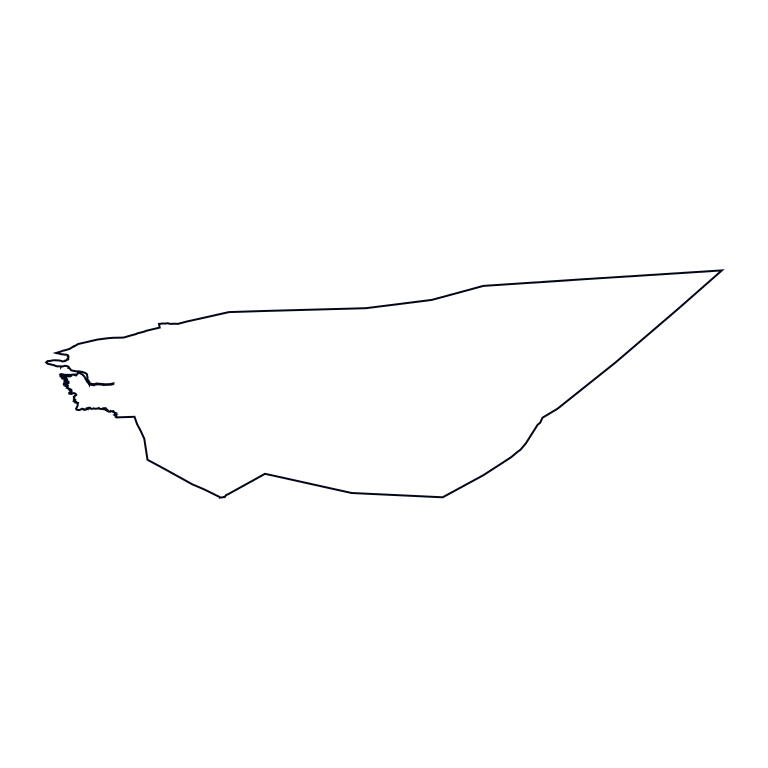 Verdal nor, Nord-Trøndelag, Norway
{"feature_id": "86288312B89960362745418", "entity_name": "Verdal nor", "entity_type": "district", "adm_level": 2, "iso_a3": "NOR", "parent_name": "Norway", "parent_adm1": "Nord-Trøndelag", "projection": "equal_earth", "projection_center": [11.503, 63.784], "detail": "fine", "context": "isolated", "style": "outline", "palette": "ink", "viewbox_px": 768, "rotation_deg": 0, "n_neighbors": 0, "source": "geoboundaries", "source_scale": "gbopen_adm2", "svg_char_len": 5474}
<svg xmlns="http://www.w3.org/2000/svg" viewBox="0 0 768 768"><path d="M442.7,497.3L483.5,475.1L511.0,457.3L518.0,451.5L520.4,449.8L525.9,443.3L537.6,424.8L540.1,422.8L542.5,417.7L557.4,408.8L615.6,362.4L677.5,309.4L721.9,270.4L585.7,279.1L483.3,285.9L431.8,299.9L365.7,308.2L267.1,310.9L228.9,312.1L186.5,321.6L177.9,323.9L175.4,323.7L170.8,323.9L168.7,323.6L167.9,323.2L166.0,323.5L162.8,323.5L159.0,323.9L159.7,327.6L146.2,330.8L144.0,331.7L137.2,333.4L136.4,333.9L134.5,334.5L131.0,335.4L124.3,337.4L122.8,337.6L112.8,337.8L107.2,338.3L97.2,339.6L78.2,344.0L74.2,346.4L74.0,346.1L69.6,348.9L64.2,350.5L62.9,350.7L60.4,351.7L56.0,353.0L57.0,353.3L57.7,353.3L57.8,353.4L57.7,353.5L58.3,353.3L61.3,354.3L62.1,354.2L64.5,354.6L66.7,354.7L67.0,354.9L67.7,355.1L68.0,355.6L67.9,355.7L68.3,356.1L68.0,356.4L68.3,356.6L68.2,356.9L68.3,357.1L68.1,357.8L68.3,358.0L68.2,358.2L68.2,358.6L67.8,358.8L68.0,359.0L67.6,359.2L67.7,359.6L66.6,360.0L66.5,360.3L65.7,360.7L65.2,360.7L65.2,360.9L65.1,361.0L63.7,361.3L62.6,361.4L59.6,360.5L53.6,360.2L53.4,360.1L53.1,359.7L53.3,360.1L53.1,360.3L51.5,360.6L50.5,360.9L47.7,361.1L47.6,361.4L46.7,361.8L46.1,362.4L46.8,363.2L48.0,363.8L49.4,364.2L50.5,364.3L51.1,364.6L51.6,364.6L52.3,364.9L54.5,365.3L55.6,366.0L56.6,366.1L57.1,366.4L58.7,366.3L60.5,366.3L61.0,366.4L61.1,366.6L61.1,366.8L61.4,366.4L62.9,366.4L64.7,365.8L67.0,366.1L67.8,366.4L67.7,366.5L68.8,367.3L68.9,367.6L69.4,368.1L69.2,368.2L69.7,368.4L70.1,369.0L70.6,369.5L71.0,370.2L72.4,370.6L76.7,371.4L78.7,371.3L80.6,371.6L83.1,372.2L85.7,373.2L87.0,374.3L87.3,376.6L87.5,377.2L87.3,379.0L88.1,380.4L88.3,380.6L88.1,380.6L89.1,382.5L89.6,383.1L91.6,383.9L94.3,384.2L96.4,383.5L105.3,384.3L110.2,384.1L113.4,383.4L113.3,384.1L111.0,384.6L108.8,384.8L103.6,384.9L103.7,385.0L104.8,385.0L103.7,385.1L104.2,385.3L102.4,384.7L99.5,384.4L96.5,384.4L94.5,384.8L92.7,384.9L94.2,385.2L94.1,385.3L90.0,384.6L89.6,385.1L89.8,384.6L89.7,384.6L89.6,384.8L89.5,384.4L89.0,384.2L88.9,383.6L88.2,383.0L87.9,382.4L87.0,381.6L86.1,379.7L85.5,379.0L85.2,378.0L84.1,376.2L82.3,374.5L80.2,373.3L79.2,373.0L79.0,372.8L78.4,372.7L78.1,372.8L76.9,374.4L76.7,374.6L76.2,374.6L76.7,374.7L76.0,375.5L75.5,375.9L75.4,376.0L75.8,375.4L74.3,374.9L74.4,374.6L73.9,374.7L72.2,374.6L71.4,374.9L71.4,375.7L70.8,376.0L70.4,376.0L70.0,376.4L66.4,376.4L66.3,376.2L65.7,375.9L64.5,375.7L64.1,375.8L64.0,376.4L62.5,376.5L62.2,376.3L60.6,376.3L60.3,374.5L61.3,374.2L64.4,374.9L67.0,374.9L68.1,374.8L69.0,375.1L69.7,374.8L70.2,375.0L70.5,375.0L69.7,374.8L69.0,375.0L68.1,374.8L64.5,374.8L61.5,374.1L62.0,373.8L60.2,374.5L60.5,376.4L62.2,376.4L62.9,377.0L65.9,377.0L66.0,377.1L65.9,377.3L65.8,377.6L66.0,377.7L66.0,378.4L65.8,378.5L62.6,378.6L62.2,377.8L61.9,377.7L62.3,378.6L64.6,378.7L65.6,379.1L67.1,379.2L67.1,379.8L65.6,379.8L64.5,380.1L64.4,383.0L64.2,383.3L64.4,383.3L64.5,383.1L64.6,381.9L64.8,381.7L68.0,381.6L68.5,381.7L68.5,383.0L67.1,383.1L66.4,383.2L66.2,383.6L64.0,384.5L64.0,384.8L67.0,384.9L67.7,385.1L67.9,385.8L67.8,386.1L67.0,386.0L66.9,385.9L67.2,385.7L66.6,386.1L67.8,386.2L67.7,386.6L67.4,387.0L67.3,387.3L67.0,387.6L66.9,387.8L67.4,387.9L68.1,387.7L67.4,388.0L67.0,387.9L67.8,388.0L68.8,388.5L69.0,388.6L68.9,388.8L69.1,388.9L69.0,389.0L70.0,389.4L69.8,389.1L70.2,389.2L70.9,389.5L71.0,389.6L70.8,389.7L71.1,389.8L70.7,389.8L70.7,389.7L70.2,389.5L69.4,389.3L69.2,389.4L69.3,389.7L69.1,389.6L69.6,390.3L71.3,391.0L71.7,391.3L71.7,391.5L71.4,391.9L69.4,392.7L69.1,393.1L69.2,393.5L69.7,393.8L71.7,393.9L73.0,393.2L74.0,393.1L75.1,393.5L76.3,394.6L76.3,394.9L75.9,395.3L74.9,395.7L74.7,396.0L74.6,396.5L74.2,396.6L74.3,396.8L73.9,397.0L74.1,397.5L73.9,397.9L74.0,398.0L74.1,398.4L74.1,398.7L74.4,399.0L74.2,399.3L74.5,399.5L73.9,399.7L73.8,400.2L74.3,400.7L74.9,400.7L75.1,400.9L75.0,401.2L74.5,401.5L75.2,401.7L75.6,401.4L76.1,401.7L76.0,402.2L75.3,402.3L75.3,402.5L78.0,403.0L77.7,403.8L77.6,405.7L76.1,408.8L76.1,409.1L76.8,409.7L79.1,410.1L80.3,409.7L82.1,408.7L82.8,408.9L82.7,409.1L83.2,409.4L83.7,409.2L84.9,409.7L85.7,409.5L86.0,409.6L86.3,409.4L85.9,409.2L86.6,409.1L86.4,409.3L86.8,409.2L86.8,408.9L87.0,409.0L87.3,408.9L87.1,408.7L87.3,408.6L87.6,408.8L87.6,408.6L88.0,408.5L87.8,408.3L88.4,408.3L88.7,408.1L89.0,408.2L88.9,407.9L89.5,407.9L89.8,407.7L90.0,407.8L90.0,408.1L89.7,408.1L89.8,408.2L89.6,408.3L91.5,408.8L93.0,408.7L93.4,408.4L95.8,408.8L97.3,408.5L97.1,408.4L98.2,408.6L98.4,408.4L98.2,408.3L98.7,408.0L98.9,408.3L99.3,408.4L99.7,408.7L101.0,409.1L101.9,408.9L102.5,408.9L103.0,408.5L103.5,408.7L103.5,408.4L103.8,408.5L104.0,408.3L105.5,408.1L105.7,408.3L105.1,409.0L105.8,408.9L105.9,409.1L106.7,409.2L106.4,409.3L106.5,409.7L107.0,409.7L107.1,409.8L107.9,409.7L107.6,409.9L107.7,410.1L106.3,410.3L108.2,411.4L109.0,411.7L109.5,411.6L109.9,411.7L110.1,411.7L110.1,411.4L110.3,411.2L110.4,411.4L111.1,411.2L111.6,411.3L112.2,411.1L112.8,411.1L112.7,411.4L112.8,411.6L113.2,411.4L113.7,411.5L114.2,412.4L114.9,412.7L114.5,412.8L114.9,413.3L115.4,413.5L115.4,414.1L116.1,414.3L115.7,414.5L115.0,414.5L114.9,414.6L115.1,414.7L114.5,415.0L115.7,415.7L115.7,416.3L115.9,416.3L116.1,416.6L116.4,416.5L116.4,417.0L116.0,417.2L116.2,417.4L115.9,417.4L134.5,416.8L137.1,424.2L140.4,430.3L144.3,438.8L147.5,459.8L165.9,469.7L192.4,484.4L202.6,488.7L207.5,491.0L220.4,497.4L220.3,497.6L222.9,497.3L223.5,497.0L224.4,497.1L224.5,496.8L225.2,496.6L225.6,495.6L226.2,495.1L227.1,494.6L227.4,494.6L265.0,473.8L351.6,493.0L442.7,497.3Z" fill="none" stroke="#020617" stroke-width="2"/></svg>